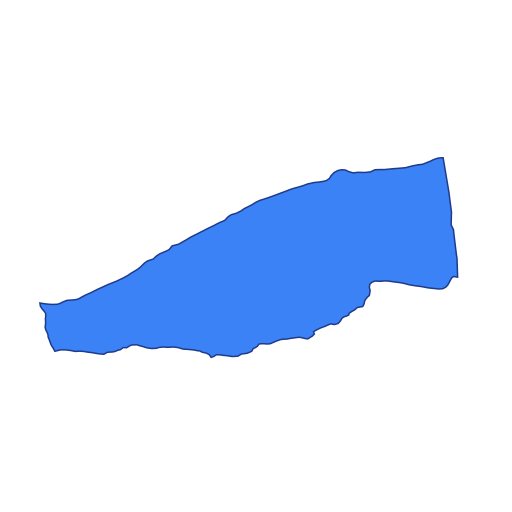 the district of Bobasi, Nyanza, Kenya, rotated 282°
{"feature_id": "3690345B31874889890147", "entity_name": "Bobasi", "entity_type": "district", "adm_level": 2, "iso_a3": "KEN", "parent_name": "Kenya", "parent_adm1": "Nyanza", "projection": "equal_earth", "projection_center": [34.791, -0.819], "detail": "fine", "context": "isolated", "style": "filled", "palette": "blue", "viewbox_px": 512, "rotation_deg": 282, "n_neighbors": 0, "source": "geoboundaries", "source_scale": "gbopen_adm2", "svg_char_len": 3587}
<svg xmlns="http://www.w3.org/2000/svg" viewBox="0 0 512 512"><g transform="rotate(282 256 256)"><path d="M391.0,418.6L390.3,415.8L389.2,412.9L387.0,409.4L384.9,406.7L382.9,403.7L380.4,400.0L378.9,395.6L377.1,391.3L375.5,387.9L373.5,384.0L371.7,378.2L370.0,372.3L367.2,363.5L366.2,358.7L365.1,354.4L362.1,350.5L360.3,345.0L359.1,338.5L357.5,333.7L357.8,329.3L358.7,325.4L358.1,321.5L356.6,318.3L353.9,315.1L350.3,312.8L347.1,311.7L344.2,308.9L342.4,304.8L341.3,301.8L340.0,297.7L337.2,291.5L334.7,287.6L332.2,283.1L329.7,278.2L327.9,275.2L325.9,272.2L322.6,267.0L320.1,263.1L317.2,258.5L314.2,253.5L313.2,251.8L311.2,248.2L308.5,244.7L305.0,241.0L302.2,237.6L300.1,234.9L297.8,232.7L296.8,231.8L296.1,230.8L293.8,228.0L292.3,225.2L291.7,224.0L291.0,223.0L289.2,221.1L287.6,219.9L285.0,218.5L283.8,217.3L281.3,213.7L278.7,210.4L277.7,209.3L275.1,206.0L273.7,204.1L272.3,202.4L268.1,197.2L263.9,192.0L263.2,191.1L260.6,187.9L259.4,186.6L258.0,185.2L255.0,181.8L251.5,177.9L248.4,171.8L244.2,169.7L242.2,167.3L241.2,165.8L240.5,164.8L238.1,161.4L236.0,159.3L234.6,158.1L231.7,156.2L229.9,153.1L229.2,151.8L228.3,150.6L225.9,148.4L223.2,146.6L221.4,145.4L218.1,142.7L214.4,138.7L213.4,137.6L209.8,134.1L206.6,130.3L202.3,124.7L199.5,120.5L198.4,118.8L197.2,117.1L194.2,113.0L190.8,108.4L188.2,105.1L187.1,103.8L185.9,102.3L182.6,97.7L180.0,94.5L177.4,91.6L176.7,90.5L175.7,88.4L174.6,84.8L173.3,80.3L171.0,76.8L169.0,74.3L167.5,71.8L166.3,66.9L165.9,64.4L165.4,60.1L165.1,54.4L162.1,55.5L160.8,56.8L159.7,57.9L157.8,60.4L156.3,62.1L153.1,62.9L151.0,63.0L148.1,63.8L147.1,64.0L145.9,64.3L142.6,64.5L140.1,65.7L138.2,67.3L135.9,68.8L134.8,69.2L133.6,69.5L131.2,71.1L127.7,73.3L126.5,74.1L125.6,74.9L123.5,77.0L121.0,79.0L123.6,84.5L124.6,89.2L125.0,94.2L125.1,99.1L126.2,103.0L126.8,107.1L127.0,111.7L127.2,113.9L127.4,116.2L127.5,119.9L127.6,121.8L127.7,123.2L128.3,127.7L130.5,130.0L131.3,131.8L132.1,134.9L132.6,136.4L133.3,137.9L135.0,140.4L136.3,143.0L138.8,145.1L139.4,148.6L141.8,151.0L143.1,152.8L144.4,158.0L144.1,160.2L143.9,164.0L143.5,168.6L143.8,173.2L145.1,178.1L145.9,179.1L146.7,181.0L147.7,184.2L148.3,188.5L149.2,191.9L149.6,193.3L150.0,195.6L150.2,199.1L149.8,203.9L150.6,209.6L151.2,214.9L151.2,218.8L151.5,220.6L150.7,223.3L150.7,224.7L150.7,227.3L150.2,229.4L149.7,230.9L147.5,233.2L148.3,234.6L149.1,235.7L151.2,237.8L151.8,241.4L152.0,243.3L152.0,244.7L152.5,248.8L152.7,253.4L153.3,255.8L154.3,259.2L157.1,262.2L158.4,265.9L159.3,268.1L161.9,271.6L164.8,272.5L166.5,274.7L168.0,276.1L170.6,277.3L171.3,279.6L171.8,281.8L172.3,285.4L173.1,288.1L175.4,291.3L176.7,293.1L177.4,294.2L179.4,297.5L180.5,300.8L180.9,302.5L181.3,303.8L182.7,307.1L184.2,311.3L185.6,315.4L185.6,319.6L185.5,321.6L185.7,323.9L187.5,325.7L189.3,327.7L191.8,329.3L193.7,328.0L195.5,329.6L196.9,331.4L198.9,333.9L200.4,336.2L201.8,338.5L203.3,340.4L205.2,343.3L205.2,346.8L207.1,350.4L210.1,352.1L212.9,353.0L214.7,354.6L216.0,356.9L217.6,359.0L219.3,358.9L221.6,361.2L224.2,364.0L226.7,365.8L228.0,369.0L228.8,370.9L231.7,371.7L234.3,371.6L237.0,372.5L239.1,373.6L240.8,375.0L243.3,375.0L246.0,374.8L248.8,373.4L252.2,373.2L254.6,375.0L256.2,377.5L256.7,380.1L257.2,383.3L258.4,386.9L259.1,391.5L259.3,395.4L259.6,398.9L259.9,402.5L260.0,406.2L259.7,411.7L260.0,418.3L260.5,424.3L260.6,430.5L261.0,434.6L261.4,438.3L261.8,442.0L262.9,445.6L264.9,448.0L267.2,449.5L270.4,450.5L272.9,451.2L275.2,451.9L277.1,453.7L277.2,457.6L295.1,453.2L300.5,451.2L318.1,445.2L323.0,443.6L327.0,440.4L339.5,438.1L353.1,433.3L357.8,431.7L391.0,418.6Z" fill="#3b82f6" stroke="#1e3a8a" stroke-width="1.5"/></g></svg>